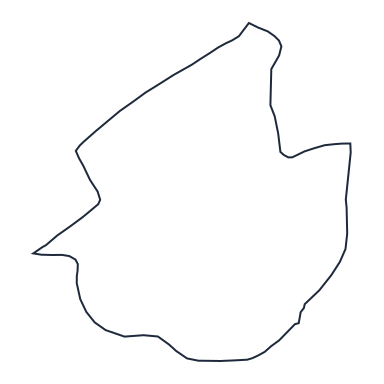 San Rafael Pie de la Cuesta, San Marcos, Guatemala
{"feature_id": "79465075B609636359228", "entity_name": "San Rafael Pie de la Cuesta", "entity_type": "district", "adm_level": 2, "iso_a3": "GTM", "parent_name": "Guatemala", "parent_adm1": "San Marcos", "projection": "albers", "projection_center": [-91.914, 14.933], "detail": "fine", "context": "isolated", "style": "outline", "palette": "slate", "viewbox_px": 384, "rotation_deg": 0, "n_neighbors": 0, "source": "geoboundaries", "source_scale": "gbopen_adm2", "svg_char_len": 1242}
<svg xmlns="http://www.w3.org/2000/svg" viewBox="0 0 384 384"><path d="M33.3,253.4L41.3,254.7L52.3,255.0L62.1,254.9L69.4,256.1L75.5,259.6L77.8,264.1L77.6,270.5L76.8,276.0L76.8,280.3L76.7,282.9L80.2,299.0L86.3,311.9L94.7,322.4L105.6,330.1L124.5,336.6L143.5,335.2L157.9,336.5L169.0,344.5L176.2,351.0L187.0,358.4L198.4,360.7L207.3,360.8L220.2,361.0L234.1,360.4L247.2,359.7L252.3,358.2L258.1,355.5L264.8,351.8L271.1,346.2L279.1,340.4L295.0,324.1L298.7,323.2L300.2,314.9L300.6,312.3L303.9,308.0L304.7,304.2L319.4,290.2L331.5,274.9L339.9,261.8L345.5,249.0L347.2,233.6L346.6,207.6L345.8,199.7L350.7,152.5L350.3,143.5L341.8,143.6L334.1,144.2L324.7,145.2L314.0,148.3L304.5,151.4L297.3,154.9L292.3,157.3L288.4,157.4L283.7,154.9L280.4,151.9L278.2,133.6L274.7,116.3L270.4,105.2L271.3,69.1L279.1,55.5L281.4,46.4L279.0,40.6L274.6,36.2L267.8,31.4L258.0,27.5L248.9,23.0L238.9,36.2L231.9,40.5L226.0,43.2L218.3,47.4L210.2,52.8L201.3,58.4L191.8,64.7L173.5,75.0L158.4,84.6L145.6,92.5L132.9,101.8L119.8,111.0L95.4,131.4L83.6,141.8L79.7,145.6L75.8,150.9L79.1,158.4L83.3,165.8L89.9,179.7L92.6,183.9L97.6,191.5L100.2,199.8L98.2,204.2L88.9,212.0L82.7,217.1L71.1,225.7L57.1,235.6L45.9,245.2L42.4,247.1L33.3,253.4Z" fill="none" stroke="#1e293b" stroke-width="2"/></svg>